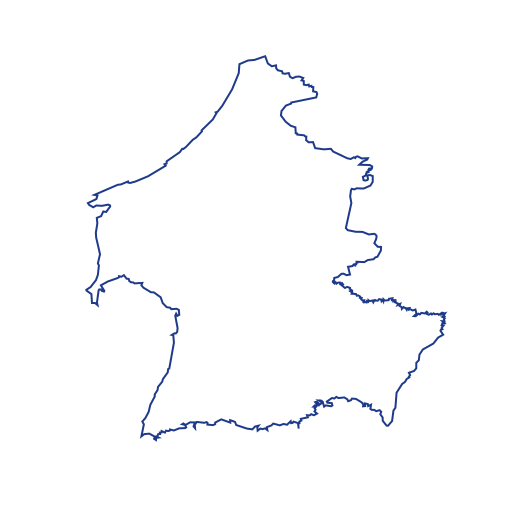 outline of Indramayu, Jawa Barat, Indonesia, rotated 258°
{"feature_id": "22746128B59462811669242", "entity_name": "Indramayu", "entity_type": "district", "adm_level": 2, "iso_a3": "IDN", "parent_name": "Indonesia", "parent_adm1": "Jawa Barat", "projection": "equal_earth", "projection_center": [108.112, -6.449], "detail": "fine", "context": "isolated", "style": "outline", "palette": "blue", "viewbox_px": 512, "rotation_deg": 258, "n_neighbors": 0, "source": "geoboundaries", "source_scale": "gbopen_adm2", "svg_char_len": 6060}
<svg xmlns="http://www.w3.org/2000/svg" viewBox="0 0 512 512"><g transform="rotate(258 256 256)"><path d="M449.5,306.5L448.1,295.3L448.9,288.8L447.1,279.7L438.4,277.1L424.0,267.3L409.9,254.2L405.1,248.4L404.9,246.5L403.9,247.0L398.5,242.1L390.2,228.9L389.1,229.0L384.5,222.4L382.8,218.3L377.1,210.0L375.8,207.2L376.2,206.2L373.4,203.0L367.2,188.3L365.1,187.8L364.8,185.6L363.1,186.4L356.4,166.9L353.9,153.4L353.6,148.2L354.3,146.3L355.5,146.3L354.1,138.7L354.4,135.6L349.4,110.6L348.1,113.5L344.9,111.7L342.7,102.6L340.8,103.3L337.5,106.9L338.6,110.3L337.1,115.8L337.0,122.1L335.9,123.7L334.8,123.7L330.2,118.6L331.3,115.9L327.2,112.8L326.4,108.2L320.9,107.6L312.1,104.2L307.3,103.5L290.2,103.8L281.6,99.8L279.5,100.4L270.4,97.4L265.6,94.4L260.0,87.7L258.2,83.0L257.4,83.0L253.0,87.1L244.1,85.8L243.5,88.8L240.9,90.8L243.7,90.8L255.1,94.9L255.9,95.7L255.4,97.6L254.0,97.9L252.8,99.9L253.4,100.4L259.6,98.2L261.9,105.9L263.2,116.0L263.8,117.8L264.7,117.9L263.7,120.0L264.7,122.8L260.7,124.7L260.1,126.7L257.7,126.9L256.2,128.4L255.7,130.4L254.5,131.4L253.3,139.2L251.2,137.8L248.5,139.2L242.4,145.7L241.6,148.6L235.4,154.2L229.5,154.9L224.5,158.0L223.3,161.2L221.6,162.1L220.9,167.3L219.3,169.3L214.4,168.7L213.8,166.6L216.2,165.9L214.4,164.6L201.7,164.3L198.1,163.1L196.9,161.4L197.3,160.2L196.3,157.3L195.7,158.6L188.3,157.7L164.0,147.8L163.7,146.6L160.4,145.4L155.0,139.4L152.5,138.1L148.4,133.0L145.3,131.8L141.6,128.1L139.7,127.8L132.4,121.7L125.7,118.5L120.5,114.1L117.7,110.4L114.6,111.3L103.4,106.4L105.0,109.7L104.4,114.7L100.3,119.5L98.4,118.3L96.8,119.9L98.9,120.5L98.7,122.9L100.3,120.9L100.3,122.1L102.1,123.3L101.8,125.2L103.3,125.3L103.1,127.0L104.4,127.3L102.2,130.2L103.9,131.7L103.0,133.8L103.2,135.4L104.2,135.8L102.4,139.4L103.4,145.0L102.4,150.9L102.9,152.1L105.5,151.4L106.8,148.8L107.3,150.1L105.4,152.0L107.0,156.9L105.9,161.7L102.3,159.5L100.2,160.6L103.6,161.0L106.0,163.6L103.6,170.7L103.8,173.1L102.8,173.9L101.2,173.4L99.5,178.8L100.0,181.1L101.6,181.5L103.4,188.1L98.4,196.2L100.8,196.6L98.8,199.9L98.0,201.0L94.8,201.5L89.1,211.2L87.2,216.4L89.4,219.6L89.5,223.2L88.2,221.7L84.8,221.3L86.3,224.5L85.3,226.3L85.5,229.1L83.4,230.9L86.3,231.0L87.1,235.9L88.5,238.0L85.4,244.1L86.0,248.0L84.5,251.3L87.2,255.6L85.2,255.6L85.1,257.1L86.2,258.2L83.9,262.3L78.3,261.9L83.0,262.4L83.4,263.8L85.1,264.0L85.6,266.2L87.4,266.0L87.4,273.1L89.7,272.8L88.9,275.5L89.8,277.1L88.2,279.5L89.2,282.9L91.8,280.9L93.3,282.3L94.9,281.7L96.1,283.4L96.7,281.0L97.7,282.6L97.1,285.5L100.7,283.5L100.9,285.2L97.5,287.6L98.9,290.4L101.6,287.5L101.1,289.6L99.7,290.9L94.5,291.3L95.4,293.1L93.4,298.3L94.0,299.7L96.4,299.5L97.6,295.4L98.9,295.0L101.3,300.8L100.3,303.0L101.5,305.3L99.9,307.1L99.3,312.9L96.9,315.5L94.8,316.0L95.2,318.9L96.6,320.2L95.4,324.1L90.9,328.9L88.3,330.1L86.7,329.5L86.5,331.6L89.2,331.8L87.9,334.6L85.9,334.5L86.6,337.6L82.7,336.1L81.4,337.3L80.9,339.7L79.2,341.3L79.5,344.8L77.6,346.1L75.4,344.7L71.7,346.3L68.5,345.7L63.0,348.4L62.5,349.8L66.3,354.8L76.2,358.3L78.6,360.8L93.1,365.1L100.5,372.4L101.8,375.5L104.4,377.9L105.4,380.7L106.1,380.4L107.4,382.0L110.0,381.3L110.7,386.7L112.8,389.4L118.2,390.6L120.2,393.6L125.6,395.4L129.9,399.8L133.5,411.3L138.3,417.1L140.1,422.7L144.5,420.9L145.6,421.6L145.6,423.1L147.2,422.8L149.0,425.0L149.6,423.2L151.4,424.3L151.1,426.3L153.5,424.7L152.9,426.8L154.9,426.6L155.8,427.7L157.6,425.7L157.9,427.7L158.7,427.1L160.6,429.0L160.3,426.1L161.4,427.2L161.9,426.2L160.4,422.7L161.6,421.8L161.9,418.7L163.0,417.8L162.2,415.9L163.4,415.2L162.6,412.8L163.7,411.3L165.0,412.1L166.0,411.3L164.6,409.4L166.0,405.9L164.8,404.1L165.8,402.9L163.9,399.7L164.4,398.0L166.2,401.0L170.5,400.8L170.1,398.1L172.2,395.4L171.2,393.6L173.2,395.2L173.4,392.8L172.2,392.2L174.1,391.5L174.8,389.8L175.8,390.4L174.0,387.7L175.6,387.9L177.4,386.0L179.2,387.1L178.6,384.3L179.8,385.2L181.7,382.5L182.5,383.1L182.9,381.2L184.0,382.5L184.5,379.8L186.3,380.7L186.5,377.2L185.2,376.5L185.7,372.6L187.2,371.7L185.3,371.1L186.7,370.7L185.7,369.4L187.4,369.4L188.2,367.4L187.0,366.0L187.8,362.1L186.3,361.1L187.5,360.7L188.2,361.7L188.3,357.6L189.5,356.7L187.9,356.1L188.9,354.9L187.6,354.5L188.6,352.4L187.7,351.2L190.2,352.5L190.3,350.9L191.9,349.9L192.9,350.6L193.5,348.9L194.6,349.5L196.2,347.8L196.2,346.3L198.0,345.9L199.2,341.8L200.1,342.6L201.4,341.4L201.1,343.4L202.3,341.4L202.7,342.4L204.3,340.9L205.3,341.3L206.8,338.8L206.3,336.3L209.7,333.6L210.1,335.2L211.7,334.5L211.3,332.5L212.6,332.6L212.9,330.6L212.2,328.9L213.8,328.4L212.8,327.0L214.0,326.4L213.7,325.4L214.7,326.5L215.6,325.2L215.1,327.0L218.3,328.0L218.4,331.6L220.8,335.9L220.5,337.9L218.4,340.6L218.3,344.1L226.3,343.8L226.1,348.3L227.1,349.4L226.3,350.7L227.4,350.7L227.0,352.3L228.3,352.6L228.4,353.6L229.4,353.4L227.5,360.7L228.8,364.5L228.4,370.3L229.8,372.4L230.0,374.6L235.4,379.3L238.9,380.2L239.7,377.0L243.9,374.4L247.7,377.1L250.3,378.1L252.0,377.5L253.1,376.3L253.6,370.9L257.5,365.1L258.9,358.7L262.2,351.1L264.6,349.7L288.0,360.3L294.7,360.5L300.4,362.5L301.8,363.6L300.7,366.1L301.3,368.5L299.6,375.3L301.1,382.6L304.3,385.6L309.9,386.8L311.5,384.4L311.7,381.6L308.1,381.6L307.2,380.9L307.0,378.9L307.8,377.0L311.2,377.0L311.9,379.9L314.3,381.3L314.6,383.0L315.3,382.4L316.3,385.6L317.2,384.1L318.0,384.8L317.6,387.6L319.4,388.3L321.3,386.3L323.8,376.0L326.1,379.9L327.2,384.8L328.4,385.8L329.4,379.8L332.4,376.0L332.1,374.0L331.2,373.5L332.2,372.2L331.2,368.8L332.6,365.6L342.1,353.2L345.3,351.5L346.2,344.6L349.2,336.3L355.5,335.5L356.3,331.1L358.9,329.1L363.2,330.3L362.3,329.9L362.6,329.1L364.0,328.2L366.2,321.6L367.3,321.7L367.8,320.4L373.7,321.3L376.2,317.0L381.2,312.9L388.3,309.6L392.5,311.1L396.9,316.5L397.8,322.0L398.8,322.4L398.6,347.9L402.0,349.6L403.8,349.2L405.2,346.1L409.3,347.2L409.7,345.7L410.9,345.6L410.8,343.3L412.7,343.2L412.6,340.8L413.7,338.4L417.3,339.1L418.3,337.1L420.3,339.2L422.5,335.8L423.0,332.5L422.3,328.7L424.3,326.5L428.1,326.1L428.2,322.3L429.1,320.0L431.3,319.9L433.1,316.0L435.3,314.8L438.3,315.2L438.3,310.9L441.9,307.6L449.5,306.5Z" fill="none" stroke="#1e3a8a" stroke-width="2"/></g></svg>